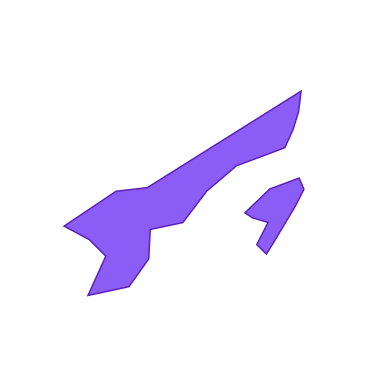 the state/province of Baie Sainte Anne, rotated 117°
{"feature_id": "SYC-5204", "entity_name": "Baie Sainte Anne", "entity_type": "state/province", "adm_level": 1, "iso_a3": "SYC", "parent_name": "Seychelles", "parent_adm1": "", "projection": "albers", "projection_center": [55.733, -4.314], "detail": "fine", "context": "isolated", "style": "filled", "palette": "violet", "viewbox_px": 384, "rotation_deg": 117, "n_neighbors": 0, "source": "natural_earth", "source_scale": "10m", "svg_char_len": 500}
<svg xmlns="http://www.w3.org/2000/svg" viewBox="0 0 384 384"><g transform="rotate(117 192 192)"><path d="M52.6,140.6L72.1,133.5L90.4,130.3L110.4,129.4L148.5,164.3L184.6,179.3L223.4,186.3L244.3,212.2L271.2,200.2L305.0,205.2L331.4,237.7L288.3,239.7L281.1,261.9L280.5,290.5L225.8,260.0L208.4,233.8L52.6,140.6ZM130.9,102.9L138.8,93.5L157.8,93.5L201.5,96.5L213.5,97.5L209.5,110.4L184.6,110.4L187.6,126.4L186.6,135.4L154.0,124.1L130.9,102.9Z" fill="#8b5cf6" stroke="#5b21b6" stroke-width="1.5"/></g></svg>